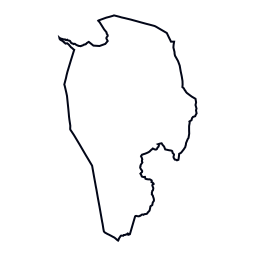 outline of Santa María Yucuhiti, Oaxaca, Mexico
{"feature_id": "50627088B16250901962505", "entity_name": "Santa María Yucuhiti", "entity_type": "district", "adm_level": 2, "iso_a3": "MEX", "parent_name": "Mexico", "parent_adm1": "Oaxaca", "projection": "albers", "projection_center": [-97.803, 17.027], "detail": "fine", "context": "isolated", "style": "outline", "palette": "ink", "viewbox_px": 256, "rotation_deg": 0, "n_neighbors": 0, "source": "geoboundaries", "source_scale": "gbopen_adm2", "svg_char_len": 5043}
<svg xmlns="http://www.w3.org/2000/svg" viewBox="0 0 256 256"><path d="M174.1,41.7L171.0,41.7L170.1,39.8L168.9,37.4L166.8,33.0L164.4,31.6L161.3,29.8L156.2,26.8L154.6,26.0L149.4,24.6L146.2,23.8L140.3,22.2L137.1,21.3L133.4,20.3L130.9,19.6L126.3,18.5L124.7,18.1L121.5,17.4L119.5,16.8L117.2,16.2L114.0,15.4L113.0,15.8L109.2,16.9L106.4,17.6L98.7,20.4L98.4,20.5L98.2,20.7L99.7,22.3L104.2,29.5L104.8,30.2L105.2,30.7L106.5,32.3L106.6,32.9L106.7,33.7L107.1,34.2L107.6,35.0L107.7,35.9L106.5,37.5L106.4,38.1L106.4,38.5L107.7,41.0L105.3,43.9L99.5,46.0L93.4,45.6L88.8,41.9L88.7,41.9L88.6,42.1L88.0,42.3L87.7,42.5L87.1,42.9L86.9,43.0L85.9,44.1L85.6,44.1L85.3,44.3L85.1,44.4L84.8,44.6L84.6,44.6L84.3,44.5L84.0,44.6L83.5,44.9L83.1,45.2L82.9,45.3L82.6,45.5L82.2,45.5L81.9,45.6L81.5,45.8L80.9,46.1L80.6,46.2L80.4,46.1L80.2,46.0L79.1,46.0L78.6,45.9L78.3,45.8L78.1,45.6L77.9,45.6L77.6,45.4L77.3,45.4L77.1,45.3L76.6,45.0L76.0,44.7L75.0,43.9L74.8,43.8L74.5,43.8L74.4,43.8L73.9,44.0L73.6,44.1L73.4,44.1L73.2,43.9L72.8,43.5L72.2,43.3L71.7,43.3L71.4,43.1L70.9,42.6L70.8,42.2L70.5,41.9L70.2,41.3L70.1,41.1L69.9,40.9L69.5,40.7L68.8,40.6L68.1,40.4L67.6,40.1L67.2,39.7L66.5,40.0L66.3,40.1L66.0,40.1L65.6,39.9L65.2,39.5L64.8,39.6L64.4,39.4L63.9,39.3L63.6,39.3L63.2,39.3L62.9,39.2L62.1,38.9L61.6,38.7L60.5,38.8L60.2,38.4L60.1,38.2L59.5,37.9L59.4,37.8L59.6,38.8L60.4,39.8L61.9,40.6L62.2,40.8L62.7,41.1L63.7,42.0L64.0,42.3L64.1,42.2L65.5,43.6L67.2,43.3L68.9,44.7L69.5,45.5L70.5,46.6L71.0,47.3L71.8,47.8L73.7,49.5L74.2,49.8L71.0,60.0L67.9,70.3L67.6,71.2L66.6,75.1L66.0,78.0L65.6,79.5L64.3,84.5L64.7,85.8L65.3,88.3L66.2,92.2L67.0,96.0L68.3,108.7L68.8,114.0L69.0,116.5L69.4,119.7L70.3,125.7L70.2,128.9L70.3,129.6L73.9,135.0L79.6,144.5L83.5,151.2L86.3,156.0L86.5,156.3L88.3,159.3L92.1,165.7L94.0,176.4L95.1,182.4L95.7,185.8L96.4,189.4L96.8,191.7L97.8,197.5L99.3,205.6L99.4,206.1L102.1,221.5L102.6,224.0L103.4,229.0L103.7,230.5L103.9,231.5L105.0,232.6L105.5,232.9L106.1,233.2L107.5,234.0L108.8,234.6L110.7,235.6L111.5,236.0L112.5,236.6L113.1,236.9L114.1,237.4L114.7,237.8L115.3,238.3L116.9,239.7L117.0,239.8L117.6,240.3L118.1,240.6L118.7,239.6L118.7,238.9L120.5,236.2L120.9,235.7L121.4,235.6L123.3,235.7L123.8,235.0L124.7,235.0L124.9,234.9L125.3,234.9L125.7,234.6L126.7,234.4L127.6,233.5L128.4,233.8L128.5,234.7L129.0,234.5L129.3,234.5L129.9,234.2L135.1,216.4L135.6,216.0L136.3,215.9L136.9,216.1L138.3,216.3L139.0,216.3L139.7,215.8L140.2,215.8L140.4,215.8L141.6,214.7L142.4,214.5L143.0,214.6L143.5,214.8L143.8,214.6L144.1,214.3L144.7,214.1L145.1,214.1L146.0,214.0L146.8,213.8L147.5,213.1L147.7,212.5L148.6,211.7L149.1,211.1L149.4,210.8L149.6,210.4L149.9,209.2L150.2,207.7L150.4,206.4L150.6,206.2L151.8,205.4L152.3,205.0L152.7,202.7L152.9,202.3L153.9,200.8L153.9,199.3L153.7,198.5L153.5,197.8L153.0,196.4L152.8,195.5L152.3,195.0L151.8,194.3L152.0,193.8L151.8,192.9L152.0,192.1L152.2,191.5L152.3,190.8L152.6,190.5L152.9,190.3L153.0,189.9L153.2,189.0L153.3,188.5L153.3,188.1L153.1,187.5L152.7,186.6L152.6,186.2L152.4,185.7L152.3,185.4L152.4,185.0L152.7,184.4L153.6,184.1L153.6,183.6L153.1,183.1L152.9,182.9L152.5,182.5L151.5,182.1L151.6,181.5L151.7,181.2L151.7,180.5L150.9,179.9L149.7,179.3L148.0,179.4L147.6,179.2L147.3,179.2L146.9,179.2L145.5,178.8L145.2,177.9L144.9,177.2L144.9,176.9L144.5,176.9L143.6,177.1L142.9,176.9L141.8,176.5L141.2,174.9L140.4,173.7L141.1,172.9L142.0,172.1L142.2,171.1L141.8,170.3L141.2,169.6L140.7,168.8L140.2,167.7L140.2,166.9L140.6,166.1L140.5,165.7L140.5,165.4L140.7,165.1L141.0,164.5L141.3,164.0L142.3,162.6L142.4,162.4L141.9,161.3L142.0,160.2L142.1,159.7L142.3,159.4L141.8,157.8L141.0,156.2L141.8,155.0L142.0,154.7L143.0,154.4L143.4,154.2L144.8,153.8L146.6,153.1L148.1,152.4L148.7,152.1L149.7,151.4L149.8,151.2L150.1,151.0L150.7,150.4L151.4,149.7L151.9,149.4L152.8,148.5L153.8,149.0L154.4,149.3L154.7,149.4L155.3,149.5L155.8,149.6L156.4,149.4L156.6,149.2L157.0,148.9L157.1,148.7L157.2,148.3L157.6,147.5L158.5,146.7L158.8,145.8L158.9,145.3L158.8,144.6L158.1,144.2L159.6,143.7L160.5,143.5L161.6,143.3L162.6,144.9L163.8,146.2L164.2,146.8L165.2,149.4L169.3,150.3L169.9,150.3L170.7,150.5L171.6,150.7L172.2,151.1L172.3,151.5L172.6,152.9L173.3,153.6L173.8,154.2L174.0,154.6L173.8,155.7L173.6,156.2L173.5,157.0L173.7,157.8L173.8,158.0L174.3,158.7L174.5,159.2L174.7,159.5L174.9,159.5L175.9,159.8L176.7,160.0L177.0,160.3L178.4,159.8L178.7,158.1L178.8,157.3L179.0,155.6L179.2,153.8L181.0,152.8L182.1,151.5L182.6,150.8L183.5,149.7L184.4,148.4L184.8,147.7L185.3,147.0L185.4,146.4L185.5,145.9L185.8,145.1L185.9,144.4L185.9,144.1L186.0,143.7L186.0,143.2L187.7,139.1L188.5,138.0L189.2,133.7L189.1,130.4L189.1,126.0L189.7,122.6L189.4,121.5L191.5,120.2L192.0,118.2L193.0,116.9L195.2,116.2L195.9,114.5L196.6,113.4L196.0,110.3L196.2,109.6L196.5,108.5L195.5,105.0L196.1,102.4L195.5,98.8L191.9,96.7L189.7,95.1L186.8,92.9L185.8,91.7L185.3,90.6L184.9,90.4L183.8,88.3L182.4,87.1L182.6,84.6L182.5,81.0L181.7,76.1L180.7,71.4L179.7,65.6L178.0,61.0L176.1,57.6L175.0,55.7L174.6,53.8L174.5,52.0L173.4,47.5L173.6,44.8L174.1,41.7Z" fill="none" stroke="#020617" stroke-width="2"/></svg>